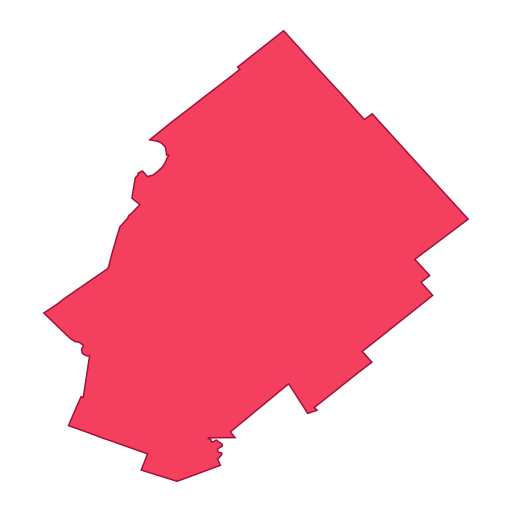 Furculesti, Teleorman, Romania
{"feature_id": "2599482B14678556390111", "entity_name": "Furculesti", "entity_type": "district", "adm_level": 2, "iso_a3": "ROU", "parent_name": "Romania", "parent_adm1": "Teleorman", "projection": "natural_earth1", "projection_center": [25.141, 43.878], "detail": "fine", "context": "isolated", "style": "filled", "palette": "rose", "viewbox_px": 512, "rotation_deg": 0, "n_neighbors": 0, "source": "geoboundaries", "source_scale": "gbopen_adm2", "svg_char_len": 1902}
<svg xmlns="http://www.w3.org/2000/svg" viewBox="0 0 512 512"><path d="M468.2,219.1L467.5,218.4L465.3,216.0L461.5,211.8L459.3,209.4L449.4,198.6L438.1,186.2L424.3,171.1L421.2,167.7L411.7,157.3L372.2,113.8L364.4,119.5L340.0,92.5L334.0,86.1L327.5,79.1L325.6,77.0L324.2,75.5L307.0,56.5L283.6,30.7L249.4,57.7L237.6,67.0L239.8,69.3L238.7,70.2L234.5,73.6L228.0,78.7L224.8,81.1L212.6,90.5L206.9,94.8L190.8,107.4L172.2,121.6L149.7,139.8L155.8,140.9L157.8,141.5L159.7,142.0L162.3,143.8L165.2,146.9L165.8,148.9L166.6,155.2L168.4,155.0L168.8,155.7L168.1,156.7L167.3,157.4L165.7,161.6L164.4,163.9L162.6,166.7L161.3,168.1L157.2,171.8L153.2,175.0L151.6,175.5L149.6,175.9L147.6,176.7L143.5,172.1L142.4,170.9L138.1,173.2L138.0,175.0L135.4,177.6L134.9,180.2L134.1,184.8L133.1,190.8L132.6,193.6L132.1,196.9L131.9,198.2L135.1,200.8L139.9,204.6L139.7,204.8L131.0,214.0L130.1,214.4L129.1,215.4L128.2,216.5L128.1,217.7L119.8,227.0L116.6,237.6L111.5,255.2L108.5,267.3L107.0,269.1L78.1,289.0L64.2,298.6L57.1,304.2L44.2,312.7L43.8,313.0L50.6,319.6L69.9,338.2L71.8,339.5L75.0,341.6L79.3,342.2L80.7,343.6L82.9,344.5L83.2,345.3L82.7,346.9L81.5,349.5L82.4,353.5L86.6,355.9L89.5,355.7L89.2,358.4L83.3,397.2L81.1,396.7L80.8,397.2L79.8,399.5L71.9,417.7L68.5,425.7L82.9,430.7L104.7,438.8L107.5,439.7L134.7,449.3L147.1,453.7L147.6,453.8L141.2,470.1L177.1,481.3L220.4,465.3L217.4,458.8L218.8,458.1L221.0,455.5L221.9,454.3L221.5,452.8L219.7,452.5L218.3,452.0L217.4,450.1L217.5,449.4L219.6,447.6L222.2,446.4L222.2,444.7L221.5,443.6L216.2,440.0L214.2,441.3L211.7,442.2L211.4,441.0L210.9,439.9L210.7,439.0L209.9,438.6L209.2,438.8L208.3,438.6L208.5,437.8L235.1,437.6L230.4,431.9L283.3,388.2L288.7,383.8L292.0,388.9L307.7,413.4L317.1,410.2L314.3,407.5L315.1,406.9L359.0,372.0L371.9,362.2L367.1,356.8L362.2,351.4L370.4,345.0L432.7,295.4L421.0,282.3L429.7,275.6L414.8,259.3L468.2,219.1Z" fill="#f43f5e" stroke="#9f1239" stroke-width="1.5"/></svg>